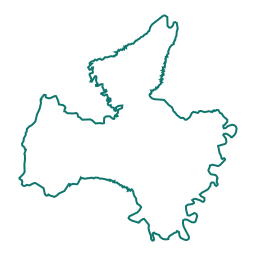 the district of Bokong, Thaba-Tseka, Lesotho
{"feature_id": "5366337B35229058377929", "entity_name": "Bokong", "entity_type": "district", "adm_level": 2, "iso_a3": "LSO", "parent_name": "Lesotho", "parent_adm1": "Thaba-Tseka", "projection": "orthographic", "projection_center": [28.644, -29.377], "detail": "fine", "context": "isolated", "style": "outline", "palette": "teal", "viewbox_px": 256, "rotation_deg": 0, "n_neighbors": 0, "source": "geoboundaries", "source_scale": "gbopen_adm2", "svg_char_len": 5818}
<svg xmlns="http://www.w3.org/2000/svg" viewBox="0 0 256 256"><path d="M168.3,239.1L168.3,238.2L169.4,236.1L174.4,232.9L176.4,232.3L177.1,231.0L179.0,232.1L179.5,235.8L180.6,237.8L184.3,239.6L186.7,240.1L188.7,238.9L189.0,236.9L183.7,226.7L183.0,223.6L183.1,220.4L184.6,219.5L186.9,219.6L191.8,222.2L193.9,222.4L195.2,221.8L195.8,220.8L197.2,215.8L196.3,214.0L194.4,213.0L189.6,215.6L187.6,215.3L186.1,209.7L186.0,206.1L187.7,204.7L192.2,204.1L194.0,203.0L193.9,202.1L192.2,200.1L193.5,199.2L195.5,198.8L200.3,200.4L202.2,201.7L203.5,201.8L204.5,200.3L204.4,197.9L201.0,196.2L199.8,194.4L202.1,192.6L207.9,189.4L210.4,185.9L210.5,184.1L211.5,182.5L213.4,182.5L214.3,183.2L215.0,185.1L216.2,186.0L217.6,184.9L217.6,183.9L216.7,182.2L217.0,178.9L217.6,178.4L216.9,176.6L215.5,175.0L210.8,174.2L208.8,171.5L208.4,170.1L210.0,166.3L209.9,165.5L212.7,164.7L218.1,166.1L220.0,165.1L224.9,160.0L225.1,159.2L224.1,158.2L222.3,159.0L221.6,158.4L221.1,156.1L219.6,153.0L218.1,145.9L224.9,144.0L225.7,143.4L226.4,142.1L226.0,138.7L223.3,135.1L223.8,134.0L226.1,133.7L227.3,134.2L230.6,136.4L230.9,137.2L231.9,137.3L234.3,135.2L235.9,132.5L236.6,128.6L236.0,126.8L234.7,125.4L232.1,124.7L228.0,126.1L225.5,128.1L223.8,128.3L223.2,126.1L223.5,125.3L224.5,125.0L227.3,121.8L227.2,119.6L223.5,116.5L221.6,113.5L220.1,113.1L218.3,110.1L216.7,109.9L215.6,110.8L214.2,110.3L213.8,111.2L212.6,111.0L212.1,112.1L209.1,111.2L204.6,112.1L200.7,110.9L199.3,111.2L198.0,112.9L193.3,111.9L191.8,113.1L189.7,117.3L186.8,119.5L185.4,119.8L183.4,118.0L180.5,117.9L176.9,115.0L174.9,112.3L173.6,111.5L172.1,107.4L168.9,105.1L164.1,99.9L154.4,99.2L152.1,98.4L150.1,96.6L149.5,94.8L149.9,94.0L150.9,93.8L151.5,92.8L151.1,92.3L151.7,91.2L151.3,90.5L153.0,90.7L153.4,89.8L155.6,89.4L156.0,87.8L156.8,88.3L157.6,87.0L158.2,87.2L158.9,85.4L160.8,83.9L160.9,82.9L162.0,82.4L160.5,81.1L162.2,79.8L161.8,79.6L161.9,79.2L161.1,79.1L162.0,78.6L161.4,78.2L161.4,76.7L162.1,76.3L162.0,75.7L163.6,75.0L163.6,74.4L162.4,74.6L163.4,73.8L162.4,72.6L163.9,71.3L162.1,70.5L163.5,69.7L163.0,69.2L162.8,67.3L164.6,67.4L164.4,66.7L164.9,66.1L165.0,65.2L164.3,63.6L165.1,63.3L164.7,62.5L165.2,61.7L165.7,61.7L165.8,59.6L165.3,59.0L166.0,58.0L165.8,57.0L167.4,56.8L166.8,55.2L168.5,53.5L168.1,51.8L169.8,47.5L171.5,45.3L173.8,44.0L173.5,42.7L174.4,41.6L174.5,40.3L175.2,40.0L175.5,37.7L176.4,35.9L176.8,31.3L177.7,28.7L176.8,23.1L175.2,22.1L174.1,22.3L173.5,23.1L173.1,25.1L171.8,26.9L170.4,27.7L169.1,27.5L167.7,26.1L167.5,25.2L167.3,17.0L164.7,15.4L163.1,15.8L152.0,24.5L150.2,27.4L149.2,31.1L148.4,31.3L146.8,33.6L144.2,34.9L143.1,36.3L140.8,37.3L138.8,39.2L137.8,39.4L136.6,40.7L135.8,40.6L133.3,43.7L131.7,43.7L130.6,44.4L128.4,44.3L127.4,45.7L126.0,45.8L126.1,47.9L124.3,46.7L124.1,49.3L123.0,48.7L122.3,50.0L120.4,49.5L119.3,50.7L118.5,50.0L117.5,51.8L115.9,52.1L117.2,52.6L117.0,54.1L116.6,54.8L115.8,54.6L115.2,55.8L114.0,55.9L113.8,56.5L110.9,56.2L106.9,57.4L105.1,57.2L103.2,59.3L101.6,59.8L100.1,58.7L97.6,59.5L96.8,60.4L95.1,59.6L94.3,60.6L91.2,61.7L89.6,63.1L89.8,64.3L91.5,64.0L88.1,67.4L89.6,69.8L91.3,69.1L92.2,67.4L93.0,67.4L92.5,70.3L92.9,72.1L92.6,72.9L89.9,73.6L89.5,74.3L91.5,79.6L90.5,81.5L91.7,81.7L95.0,76.3L95.8,76.1L96.3,76.6L96.5,78.1L95.9,79.9L96.8,82.8L97.7,83.9L97.5,84.4L96.0,84.9L96.1,86.0L97.9,86.0L100.9,84.2L102.6,84.3L102.4,87.1L103.3,88.3L103.8,90.6L104.5,90.8L105.9,89.9L106.6,91.1L104.7,92.6L101.5,93.1L101.2,93.9L104.2,95.6L106.2,94.6L107.1,94.8L107.9,97.8L106.9,100.3L107.1,100.7L108.2,100.2L109.3,98.3L110.4,98.6L110.6,100.8L108.2,102.5L107.7,103.8L108.2,104.9L109.8,105.6L110.7,105.1L111.3,107.3L113.6,107.7L114.4,110.4L115.6,111.0L116.6,109.9L115.8,107.8L116.3,107.2L118.5,105.9L122.3,105.5L122.0,108.1L119.0,109.3L118.1,110.5L117.9,112.9L116.2,114.7L117.5,116.1L116.7,116.5L114.9,115.7L114.3,117.3L114.5,118.4L113.9,119.0L112.5,118.6L109.9,116.3L106.1,116.4L104.2,117.9L104.0,123.1L102.4,123.5L99.9,123.1L95.4,123.4L92.4,120.5L90.2,119.4L82.1,119.7L80.0,117.5L78.0,116.6L77.6,114.2L76.3,113.0L73.0,113.5L67.3,113.2L65.2,111.4L64.3,111.3L64.7,108.9L65.4,107.9L65.3,107.0L63.3,105.2L58.9,104.4L58.1,100.6L56.1,96.2L54.9,96.0L50.4,98.1L48.6,98.3L46.1,97.5L45.6,96.8L45.7,95.1L44.0,94.8L40.9,98.9L41.3,99.2L40.7,99.8L41.0,100.3L40.6,101.2L41.0,102.9L39.6,108.9L37.0,114.5L35.3,121.6L31.7,125.2L29.4,126.4L27.0,128.9L26.6,131.7L25.7,132.8L25.7,135.1L23.8,138.3L23.6,141.0L22.1,143.6L22.2,145.4L24.5,147.4L24.9,149.3L25.9,149.7L24.4,153.9L24.9,155.4L25.0,159.4L24.4,164.1L24.6,172.0L23.4,174.0L19.4,178.0L19.5,178.8L21.9,180.3L22.3,181.5L21.9,184.5L23.4,185.9L25.2,185.9L26.7,184.9L29.6,185.4L32.7,183.6L34.7,183.0L35.9,183.3L43.6,188.2L44.9,194.2L46.1,195.5L47.6,195.5L48.4,194.5L49.3,195.2L54.4,196.9L56.8,195.5L59.0,193.5L64.4,191.0L68.9,184.0L69.7,184.2L70.0,185.5L70.9,184.3L71.7,184.5L72.8,183.8L76.8,184.3L77.8,183.7L80.8,177.7L81.2,178.5L82.0,178.0L84.8,178.7L92.1,177.7L93.9,178.4L95.0,177.6L97.9,177.7L100.4,178.8L101.7,178.5L106.5,179.5L107.0,180.0L109.2,179.7L109.4,180.4L110.1,180.1L110.4,180.8L111.1,180.2L113.1,181.4L114.0,181.1L113.7,181.8L114.4,181.6L114.5,182.4L117.2,182.6L117.5,183.3L118.6,183.6L120.1,185.3L121.0,185.1L122.2,185.8L122.2,186.7L122.9,187.3L123.3,186.7L124.3,186.5L125.1,187.5L126.9,187.3L127.5,188.1L127.1,188.8L128.4,190.1L128.1,190.7L129.0,190.4L129.3,189.5L130.4,190.7L131.6,189.3L132.1,189.6L133.3,191.9L133.5,193.7L134.5,196.2L136.1,198.5L136.3,200.9L137.3,203.8L139.6,205.2L141.2,207.1L139.4,210.2L137.3,212.5L129.4,216.3L128.6,217.7L128.7,218.5L131.6,220.5L138.6,222.7L139.4,222.1L139.4,221.5L143.0,219.0L144.2,218.9L148.7,224.6L148.9,225.9L148.5,227.9L149.0,230.6L151.0,236.1L151.1,239.0L152.4,240.6L153.7,240.3L154.0,238.9L152.6,234.1L152.9,233.2L154.2,232.6L154.9,233.5L159.2,235.0L160.3,237.1L162.6,238.8L165.2,239.4L168.3,239.1Z" fill="none" stroke="#0f766e" stroke-width="2"/></svg>